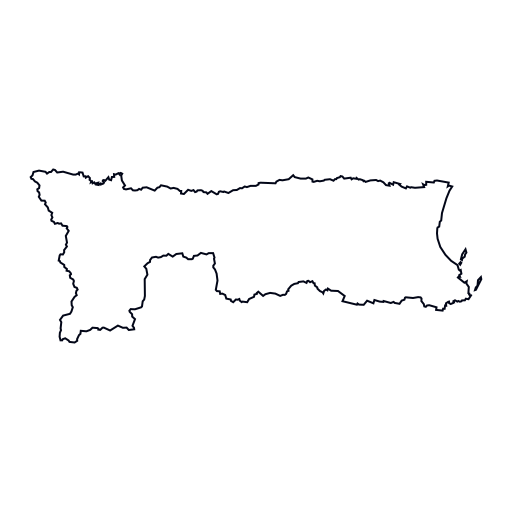 Sam Roi Yot, Prachuap Khiri Khan, Thailand (Albers equal-area conic projection)
{"feature_id": "78962969B49973516992329", "entity_name": "Sam Roi Yot", "entity_type": "district", "adm_level": 2, "iso_a3": "THA", "parent_name": "Thailand", "parent_adm1": "Prachuap Khiri Khan", "projection": "albers", "projection_center": [99.769, 12.241], "detail": "fine", "context": "isolated", "style": "outline", "palette": "ink", "viewbox_px": 512, "rotation_deg": 0, "n_neighbors": 0, "source": "geoboundaries", "source_scale": "gbopen_adm2", "svg_char_len": 6002}
<svg xmlns="http://www.w3.org/2000/svg" viewBox="0 0 512 512"><path d="M471.6,294.5L470.8,295.7L470.0,295.6L469.1,294.5L469.3,293.6L468.4,293.2L468.8,287.0L466.3,283.4L466.7,281.3L464.4,282.7L457.9,277.5L458.9,276.3L459.9,276.6L459.3,275.1L461.4,273.7L460.7,270.0L459.8,270.5L458.8,269.6L457.5,265.1L451.1,260.8L445.4,254.8L440.3,247.0L437.6,238.8L437.0,233.4L437.3,228.4L437.6,227.5L439.2,226.6L439.8,221.8L441.2,220.5L442.0,213.0L446.4,198.3L449.5,190.7L452.2,186.5L449.0,185.6L447.8,186.4L448.7,182.6L437.0,180.5L434.5,180.8L433.8,182.5L426.2,181.8L426.2,184.8L424.5,185.1L423.1,184.3L424.1,187.1L415.0,187.8L411.1,187.2L410.3,187.7L407.0,186.4L405.9,188.4L401.6,186.6L399.3,184.7L400.0,184.0L393.7,182.2L393.1,184.7L389.5,182.8L388.8,183.3L389.5,185.7L386.0,185.1L383.4,182.3L380.2,180.6L378.1,181.1L376.1,180.0L370.4,180.4L365.6,181.9L364.3,180.8L363.5,181.2L362.9,180.2L359.8,179.2L358.7,179.6L356.6,178.0L356.4,178.8L353.2,178.3L351.6,179.3L350.7,177.7L344.2,178.6L342.4,176.5L340.6,176.1L339.8,177.2L336.9,178.1L336.3,179.1L335.0,179.1L333.5,180.7L330.0,179.2L324.7,179.8L323.8,180.6L319.8,181.3L317.2,180.8L313.7,181.9L312.5,181.6L312.4,179.4L308.3,177.5L305.9,178.6L300.6,178.6L294.7,177.1L293.2,175.2L288.7,179.2L282.5,180.3L279.5,179.9L276.4,181.6L275.5,183.3L260.4,182.7L258.6,183.1L258.5,184.5L255.8,185.9L250.4,185.9L246.9,187.1L244.7,186.5L242.0,188.3L240.0,188.1L236.8,190.0L233.1,190.2L228.4,193.0L224.1,191.5L223.4,192.0L220.2,191.3L218.9,191.8L218.0,193.9L216.7,194.3L211.3,191.1L207.5,193.8L206.4,192.4L203.5,192.1L202.6,190.8L201.0,190.2L197.5,190.4L196.6,191.6L195.1,192.1L193.5,190.1L191.3,190.9L188.1,189.8L183.9,194.0L181.0,193.5L181.2,191.0L179.9,191.0L177.5,188.9L173.6,187.9L170.6,188.5L167.2,186.6L161.0,185.3L159.4,187.2L157.4,187.7L154.7,190.6L146.6,187.3L142.7,187.7L141.1,189.7L139.1,188.9L137.4,190.2L135.0,190.5L132.9,190.3L131.0,188.3L126.0,189.4L123.9,188.9L123.1,187.4L125.0,185.5L121.9,180.5L121.2,175.5L122.2,173.7L120.7,172.9L119.8,173.2L119.5,174.4L118.4,173.2L115.7,174.6L114.0,174.2L114.2,176.9L111.9,177.0L111.1,180.2L109.2,179.6L108.4,177.2L105.3,180.8L103.9,180.0L103.0,180.3L102.7,181.0L104.0,182.6L103.4,183.5L102.1,184.0L100.9,183.5L100.6,184.5L98.8,183.4L98.6,185.0L96.4,184.6L97.5,182.9L95.0,183.6L94.3,182.4L92.6,183.3L92.1,181.5L91.0,182.2L91.3,181.2L89.6,179.8L89.9,178.1L88.1,176.2L85.8,177.6L85.5,176.3L83.7,176.4L82.5,172.6L80.3,172.3L79.1,172.3L79.0,174.4L77.9,173.6L75.7,174.6L73.2,174.6L63.1,171.7L57.2,172.5L55.0,170.0L53.2,169.5L51.0,172.0L49.3,172.0L47.0,173.6L45.5,171.8L39.0,170.6L33.5,172.0L32.5,175.4L30.7,177.1L31.4,178.8L33.0,179.1L34.9,181.4L37.3,182.7L39.5,185.4L39.1,188.1L37.3,189.3L37.6,191.2L39.1,192.4L39.6,194.9L38.8,196.8L41.4,200.6L44.7,200.7L45.7,202.5L45.0,204.3L47.8,207.4L48.7,210.6L52.2,212.8L51.4,215.1L52.4,217.4L51.2,219.6L51.5,220.8L53.9,221.9L54.9,223.8L57.7,223.0L59.1,223.7L61.1,223.4L62.5,225.7L66.8,226.1L67.4,227.0L66.7,228.3L68.7,230.9L65.8,235.9L67.0,242.6L65.9,244.7L66.9,246.5L64.1,250.1L64.2,252.3L62.9,254.5L60.5,254.3L59.7,255.4L58.7,260.6L59.8,261.0L60.4,262.5L64.2,264.9L64.3,267.0L66.9,269.0L66.6,270.7L69.2,271.3L70.8,273.3L71.0,274.2L69.8,275.3L70.2,277.8L73.2,279.5L73.9,281.0L73.2,283.8L74.5,287.0L76.8,287.8L77.6,289.6L76.5,290.7L75.9,293.1L76.7,295.2L74.6,296.8L71.5,301.5L71.7,305.2L72.8,307.2L71.4,311.6L70.0,313.8L63.1,315.6L60.0,319.9L61.3,322.2L60.6,328.3L61.0,330.2L59.9,332.7L59.6,336.7L60.5,340.3L62.2,340.3L62.7,339.2L65.2,338.3L68.6,340.5L69.5,341.9L74.6,342.5L77.2,340.8L77.1,339.1L79.0,335.1L80.4,333.9L80.8,330.8L86.4,331.3L90.2,329.9L92.5,327.7L97.6,328.1L98.4,328.7L98.3,329.6L100.2,329.9L102.5,327.7L103.8,327.6L110.1,330.5L117.9,325.6L122.9,327.8L126.6,327.6L128.8,330.0L134.2,329.3L134.0,327.8L132.5,325.8L135.0,319.1L132.2,316.6L132.1,314.2L129.7,311.8L129.4,310.7L130.7,309.1L134.9,309.3L141.2,307.3L142.0,306.4L142.7,301.3L144.2,299.5L144.9,296.0L144.7,279.1L147.4,274.7L146.3,268.8L144.3,266.4L147.6,263.2L150.0,261.9L150.1,260.0L152.0,257.5L156.0,256.8L158.1,257.6L160.9,257.1L163.3,255.6L166.4,255.7L168.3,253.9L172.7,256.6L176.3,254.0L182.3,253.3L183.3,256.6L186.3,257.6L188.1,259.2L191.8,259.2L192.8,258.7L193.9,255.9L197.5,255.5L200.9,252.9L206.5,254.4L208.8,253.1L213.1,253.1L214.5,257.6L214.0,258.7L214.9,263.5L213.3,265.7L213.3,267.4L215.0,269.5L216.6,273.6L217.5,280.6L215.8,289.8L216.9,291.1L219.7,291.3L220.2,293.9L222.3,293.6L225.2,295.0L226.3,298.6L230.7,299.5L231.0,300.9L233.2,302.2L235.9,299.5L237.6,299.7L239.3,299.0L239.8,300.6L241.7,302.1L242.5,301.6L247.2,302.2L249.1,299.0L254.0,296.8L254.4,294.6L256.9,293.8L256.8,293.0L258.3,291.7L263.1,295.9L265.4,294.2L270.1,292.9L275.3,293.6L280.2,295.9L283.0,294.8L284.8,294.9L286.1,293.9L287.0,291.4L288.5,290.8L288.2,289.3L291.2,285.7L294.3,283.9L297.9,283.2L298.6,282.0L303.4,281.4L306.5,282.9L307.3,281.0L308.4,280.8L310.1,282.2L312.4,281.2L313.5,283.2L314.6,283.3L314.9,285.6L317.2,287.3L317.5,288.7L320.0,291.1L322.6,292.3L323.3,293.4L324.1,290.9L326.0,289.5L327.4,290.3L327.9,288.6L331.1,290.7L338.0,291.0L344.7,296.0L342.5,301.2L356.9,304.7L357.5,303.5L359.0,304.6L363.7,304.8L367.1,300.7L373.4,303.3L374.4,300.0L379.7,301.6L383.4,301.9L383.6,301.0L390.8,303.0L393.6,301.9L394.6,302.9L399.5,303.8L401.7,300.6L404.4,299.7L405.0,297.7L405.8,297.3L413.0,298.0L418.2,297.1L420.6,297.4L421.5,298.5L421.4,301.1L423.8,304.1L424.3,306.4L425.8,306.8L427.0,305.5L429.2,305.2L436.5,307.3L436.1,309.9L442.6,310.6L443.1,308.7L444.6,308.8L445.1,305.5L446.2,305.7L446.0,303.3L448.2,301.8L449.0,301.6L449.1,303.1L450.7,304.0L453.2,303.0L453.4,301.6L454.0,301.9L453.9,300.9L455.0,300.3L457.3,301.6L458.3,301.0L459.8,301.7L461.4,301.3L462.0,300.4L464.9,300.3L465.8,298.7L468.5,299.2L471.6,294.5ZM462.3,258.5L464.7,256.7L465.1,254.4L466.4,252.6L465.5,249.3L462.2,254.3L460.9,259.3L462.0,260.0L462.3,258.5ZM475.9,289.8L481.3,279.2L480.9,277.1L478.0,280.2L477.5,285.7L475.8,287.5L475.0,290.1L475.9,289.8ZM460.6,262.1L459.3,263.6L460.2,264.7L461.3,262.8L460.6,262.1Z" fill="none" stroke="#020617" stroke-width="2"/></svg>